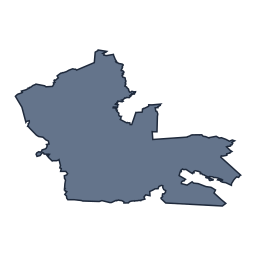 Limbažu pag., Limbaži, Latvia
{"feature_id": "27541924B16495698294804", "entity_name": "Limbažu pag.", "entity_type": "district", "adm_level": 2, "iso_a3": "LVA", "parent_name": "Latvia", "parent_adm1": "Limbaži", "projection": "equal_earth", "projection_center": [24.723, 57.482], "detail": "fine", "context": "isolated", "style": "filled", "palette": "slate", "viewbox_px": 256, "rotation_deg": 0, "n_neighbors": 0, "source": "geoboundaries", "source_scale": "gbopen_adm2", "svg_char_len": 5795}
<svg xmlns="http://www.w3.org/2000/svg" viewBox="0 0 256 256"><path d="M240.6,175.1L220.8,157.2L221.3,155.9L222.8,156.1L226.8,155.3L227.0,155.0L226.7,154.7L226.7,153.8L229.9,153.0L229.8,152.6L231.9,151.5L230.1,150.3L226.5,146.8L227.4,146.4L230.2,146.2L230.7,145.8L230.5,145.0L231.9,144.8L232.7,143.3L231.8,142.4L234.6,140.8L232.3,140.0L229.4,141.2L225.8,139.3L222.2,138.0L221.6,137.7L219.2,138.0L216.2,136.3L209.2,137.6L209.1,137.9L208.5,137.8L205.6,136.6L203.2,136.3L201.8,134.8L199.2,134.8L199.1,135.0L198.6,134.8L192.0,134.9L190.8,135.3L189.9,135.9L187.3,136.8L187.2,137.1L152.8,139.5L152.2,131.6L153.3,131.8L157.0,131.8L157.4,116.3L157.8,114.0L156.9,111.4L155.8,111.1L155.2,107.8L158.0,107.6L157.8,106.8L160.3,105.3L160.4,104.3L160.6,104.1L151.9,104.9L148.7,104.8L148.7,106.1L148.4,106.4L143.8,108.6L143.7,108.4L142.5,109.0L142.3,111.5L142.0,112.2L138.5,112.3L136.6,112.5L135.9,112.4L133.6,119.3L131.7,124.6L130.1,124.6L129.8,122.8L128.1,122.8L127.3,122.5L126.9,122.8L126.4,122.7L120.3,119.5L121.0,118.0L120.9,116.7L121.2,116.4L119.5,116.2L118.7,115.0L118.7,114.3L118.9,113.7L118.8,113.1L116.9,111.4L117.3,110.2L116.2,109.9L116.3,109.7L115.9,108.8L116.6,108.9L116.8,108.2L113.1,107.8L113.3,107.0L117.5,107.2L117.9,104.8L115.3,104.3L115.5,103.8L117.6,104.1L117.3,103.8L116.9,102.7L117.1,102.6L117.0,102.4L117.7,102.3L117.9,101.1L122.1,101.8L122.2,101.5L122.9,101.3L122.5,101.0L122.7,100.7L122.7,100.2L122.1,100.0L122.7,99.8L122.8,100.0L122.6,100.1L122.9,100.1L122.9,99.7L124.2,98.7L124.5,98.4L124.6,98.0L124.8,97.9L125.7,98.1L126.5,97.5L129.4,97.6L130.2,96.3L130.1,96.1L130.6,96.3L130.7,96.2L130.4,96.1L130.9,95.2L131.5,94.9L131.2,94.8L131.0,95.1L130.7,95.0L131.1,94.4L131.5,94.4L131.8,94.0L132.3,94.0L132.2,93.8L133.9,94.1L133.9,93.8L134.4,93.8L134.4,93.5L134.2,93.5L134.2,93.2L133.9,93.2L133.9,92.8L135.3,92.6L135.5,91.7L133.4,91.9L133.2,91.6L131.8,91.3L130.8,92.1L130.1,92.2L129.6,92.1L129.0,90.9L128.6,90.4L128.6,89.3L128.3,88.9L126.9,87.7L126.9,87.4L126.6,87.0L125.6,86.5L125.4,86.3L124.9,86.2L124.9,85.8L125.4,85.1L125.5,84.8L125.4,84.6L125.6,84.4L125.4,84.2L125.7,83.8L125.4,83.6L125.4,83.0L125.5,82.7L125.3,82.5L125.7,82.0L125.9,81.4L125.7,81.2L125.8,80.6L125.5,80.4L125.1,77.9L124.6,77.6L123.3,77.4L122.8,77.1L122.6,76.3L122.0,75.8L122.1,75.4L123.0,74.7L123.0,74.3L122.6,74.0L123.2,73.8L122.7,73.4L123.3,72.7L123.9,72.4L123.9,71.9L122.7,70.7L121.9,70.6L121.3,70.7L121.1,70.1L121.5,69.6L121.6,69.0L122.2,68.3L122.2,67.6L122.5,67.4L122.5,66.9L122.2,66.2L123.1,65.4L123.1,64.7L122.2,64.1L118.5,63.4L117.7,62.7L116.4,62.5L116.1,62.2L116.3,61.7L116.1,61.6L116.5,61.4L115.3,59.5L113.6,55.4L113.4,54.4L106.5,55.6L105.7,55.5L103.9,55.1L104.1,54.0L102.8,53.5L104.7,52.4L105.6,52.4L106.8,51.4L98.2,50.0L98.2,50.4L95.2,52.2L94.3,62.6L76.6,70.1L75.6,69.2L74.7,69.3L72.7,68.8L68.9,70.2L66.5,71.6L63.2,72.7L62.8,72.6L60.9,73.3L60.7,73.2L57.1,75.9L58.3,77.8L55.5,80.2L54.4,80.0L54.0,80.8L54.9,82.4L53.4,82.9L53.9,84.0L52.5,86.4L45.9,86.8L44.7,85.8L35.9,84.1L35.2,84.6L32.9,85.5L30.9,87.1L29.7,87.4L29.6,87.9L29.1,88.2L28.2,88.0L28.0,88.7L25.9,89.8L21.4,91.1L22.3,92.5L19.7,93.6L18.2,94.0L17.2,94.6L15.4,96.3L21.9,107.2L25.9,122.3L26.5,121.4L29.2,120.7L29.3,121.0L29.3,122.4L29.1,123.0L28.2,123.8L28.4,124.3L27.6,126.4L28.4,126.5L29.2,127.7L36.4,135.1L38.6,136.5L43.0,137.2L46.0,140.0L48.0,140.8L48.4,141.3L48.6,142.2L49.0,144.0L46.5,144.5L47.3,145.8L46.3,148.1L45.6,148.8L42.1,149.9L41.9,150.2L41.7,151.1L40.4,152.2L38.8,151.7L36.9,152.8L36.1,154.2L37.0,156.4L40.2,155.5L41.6,153.5L42.8,152.6L43.6,153.0L44.0,154.0L44.6,154.1L47.5,154.2L47.9,154.4L48.2,154.1L49.4,154.3L48.7,155.0L48.6,155.7L47.2,155.7L48.9,157.8L52.2,161.0L52.9,160.7L56.6,160.7L58.4,160.1L59.0,159.6L60.1,164.1L60.5,165.4L59.8,167.9L61.3,168.6L60.6,171.4L65.8,171.4L67.6,173.6L66.7,174.9L64.3,175.8L64.5,177.6L64.4,178.0L65.1,179.4L65.3,179.4L65.5,180.4L64.9,183.8L64.6,187.8L65.0,188.2L64.5,188.4L64.4,190.0L65.4,190.5L65.3,191.1L66.8,191.7L64.8,194.4L66.5,196.0L66.7,198.1L67.8,199.7L74.2,199.7L81.4,200.5L82.6,201.0L92.6,201.3L99.2,201.5L101.9,200.6L110.0,202.6L111.5,202.5L115.6,200.6L116.4,200.7L116.4,200.4L117.7,200.4L118.4,200.0L119.7,200.4L121.7,200.6L123.8,201.7L123.9,201.8L123.9,203.0L128.5,202.9L129.5,201.7L131.5,201.1L133.6,200.9L134.5,201.1L134.9,200.7L135.7,200.9L136.7,200.7L137.8,200.7L138.8,200.4L140.2,200.5L140.4,200.4L140.8,200.6L141.0,200.2L144.9,199.1L144.0,197.0L145.7,194.9L150.0,195.7L149.7,191.5L152.8,190.1L155.0,188.8L158.1,188.7L158.4,187.6L159.0,186.4L161.4,185.4L162.8,185.7L162.8,187.6L163.8,189.6L165.7,190.6L165.5,191.3L165.6,192.0L164.3,193.8L162.6,193.9L162.3,195.8L162.6,196.7L161.1,197.8L161.1,198.6L165.7,203.0L222.4,206.0L225.8,203.4L221.2,199.6L214.0,193.0L215.5,190.0L211.9,187.8L211.0,187.3L206.0,186.6L198.2,183.6L193.5,183.1L192.1,181.8L187.1,185.1L181.4,183.6L181.4,182.4L181.6,182.0L182.3,181.2L184.2,180.8L184.2,180.4L185.5,179.3L179.1,175.6L180.1,172.0L181.1,171.8L181.4,171.1L180.8,170.4L182.5,169.0L183.7,169.6L186.0,169.4L191.3,172.9L192.6,173.6L192.7,173.4L192.6,172.7L193.0,172.6L193.7,172.8L194.1,172.7L193.7,171.9L193.8,171.5L195.1,170.8L195.7,170.7L197.0,171.1L198.6,171.4L200.6,172.4L200.6,172.8L200.2,173.3L200.3,173.7L201.7,173.7L202.9,174.7L204.1,174.9L205.8,176.0L207.3,176.6L208.0,177.2L208.0,177.7L207.1,177.7L205.5,176.9L206.1,177.7L208.0,178.1L208.6,178.4L208.9,178.9L209.2,180.0L209.8,180.5L210.1,180.6L210.9,180.3L213.0,180.1L213.2,179.8L212.9,179.3L211.6,179.0L210.0,178.3L209.0,176.7L209.5,176.5L212.7,176.8L213.8,177.5L215.5,177.5L217.6,177.9L222.0,179.5L222.6,180.0L222.4,180.3L222.0,180.5L219.3,180.0L218.0,179.5L217.7,179.6L217.5,179.9L220.4,180.5L220.9,181.0L220.7,181.4L222.5,182.2L225.8,182.7L231.4,185.3L231.5,183.6L233.8,179.9L235.0,178.5L236.6,176.9L238.6,177.4L240.1,175.3L240.6,175.1Z" fill="#64748b" stroke="#1e293b" stroke-width="1.5"/></svg>